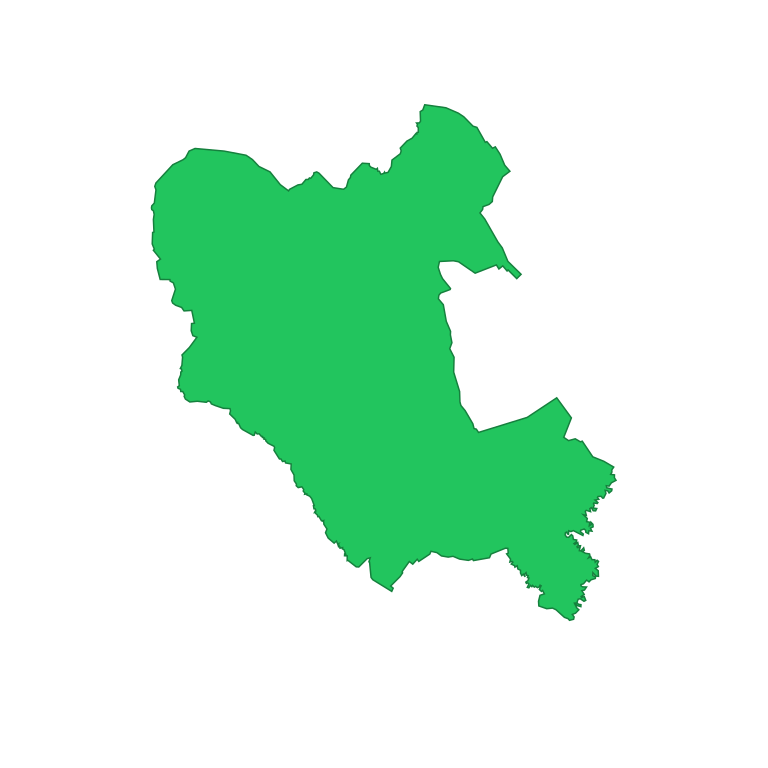 Chakkarat, Nakhon Ratchasima, Thailand, rotated 159°
{"feature_id": "78962969B888378696775", "entity_name": "Chakkarat", "entity_type": "district", "adm_level": 2, "iso_a3": "THA", "parent_name": "Thailand", "parent_adm1": "Nakhon Ratchasima", "projection": "robinson", "projection_center": [102.436, 14.968], "detail": "fine", "context": "isolated", "style": "filled", "palette": "green", "viewbox_px": 768, "rotation_deg": 159, "n_neighbors": 0, "source": "geoboundaries", "source_scale": "gbopen_adm2", "svg_char_len": 6167}
<svg xmlns="http://www.w3.org/2000/svg" viewBox="0 0 768 768"><g transform="rotate(159 384 384)"><path d="M451.1,187.6L448.6,190.1L450.2,193.0L438.1,198.4L434.3,201.0L434.5,202.0L433.4,203.0L424.0,209.2L421.7,205.5L415.8,208.5L415.1,205.9L402.2,208.8L400.1,211.0L395.0,207.6L392.0,202.9L386.1,199.4L381.3,198.4L376.1,193.4L368.4,189.1L364.1,188.9L363.8,187.1L347.8,184.0L345.0,186.9L329.5,187.2L327.3,186.2L328.6,181.6L330.4,181.5L328.6,175.2L330.3,172.7L328.1,172.6L327.5,171.5L329.7,170.3L327.2,167.6L327.4,166.1L324.8,166.6L325.3,163.3L323.3,161.2L324.3,158.6L324.1,155.8L322.1,156.5L321.4,153.4L320.8,156.1L319.0,157.0L319.3,154.2L318.1,153.4L319.4,151.9L318.3,151.0L320.0,148.9L322.6,148.2L322.5,146.8L321.0,146.8L320.4,145.4L323.1,142.8L321.8,141.8L319.4,143.5L318.6,141.8L317.4,142.7L316.5,140.5L315.0,140.8L313.7,138.9L311.8,139.0L310.4,140.3L309.6,139.3L312.6,136.5L311.3,133.9L309.9,134.4L309.5,130.6L314.1,130.8L317.6,125.8L319.0,121.3L312.6,115.9L307.0,114.4L304.3,111.6L299.2,101.5L296.2,98.9L295.5,96.9L291.3,96.4L290.0,98.4L290.8,101.4L287.3,101.4L283.0,103.4L284.3,105.9L284.8,111.2L283.7,110.9L283.4,108.1L280.0,105.6L279.2,107.4L281.5,108.8L282.2,110.8L279.9,113.5L277.8,113.2L275.2,109.5L273.2,109.7L273.2,113.8L276.0,113.8L276.2,114.9L272.5,115.8L273.4,120.2L270.7,119.8L267.7,121.9L271.4,123.5L272.4,125.0L272.0,126.2L269.3,126.0L265.1,128.3L263.5,125.8L260.9,127.0L256.4,126.7L255.7,128.1L257.8,130.3L256.6,133.0L254.8,128.6L252.7,127.6L250.9,132.9L252.8,136.2L249.3,136.7L249.7,139.2L247.3,141.5L248.2,143.1L250.6,142.0L250.1,144.4L252.8,145.5L253.0,148.6L255.4,148.4L253.2,150.1L253.0,151.7L256.6,153.8L258.9,156.4L256.6,156.9L256.3,159.5L260.0,157.6L261.4,158.4L258.5,162.6L259.6,163.0L260.7,161.5L262.1,161.9L262.1,163.0L260.4,163.6L259.9,166.6L263.3,165.8L263.9,166.9L260.9,167.8L260.0,169.3L262.9,171.0L262.2,174.6L263.0,176.3L266.6,174.7L268.4,175.6L269.0,178.2L267.9,180.2L266.4,180.3L266.5,178.3L265.6,177.6L264.1,180.8L262.4,179.2L259.8,179.3L252.6,171.3L251.7,172.5L253.6,175.7L252.6,177.0L249.1,176.9L248.2,175.1L248.7,173.2L246.7,170.9L245.3,173.6L242.6,172.1L243.0,175.5L240.0,175.7L239.2,178.1L240.2,180.5L240.9,178.6L243.2,178.0L241.4,181.2L244.2,182.9L242.4,185.6L244.7,190.5L242.2,188.8L241.7,193.0L240.5,193.6L236.9,190.8L236.5,193.9L234.8,194.3L234.1,190.7L231.9,189.7L230.0,191.5L233.3,193.3L231.2,195.5L231.4,197.1L230.7,197.7L227.8,196.0L226.8,196.6L228.6,200.1L224.8,199.4L225.4,201.5L224.5,202.3L221.5,201.3L220.8,199.1L219.8,198.8L216.0,202.3L215.7,205.5L213.4,204.1L212.9,201.6L209.7,202.7L208.8,204.2L213.3,207.3L212.9,209.4L210.4,208.0L207.1,210.3L201.9,210.9L202.5,213.9L201.4,216.6L204.8,218.4L202.8,220.1L202.1,222.2L199.3,224.1L206.5,233.1L215.2,241.2L219.4,259.6L221.3,259.6L225.1,264.3L232.0,265.0L235.3,269.8L221.2,285.2L227.7,309.2L262.3,301.5L313.1,304.9L314.0,308.8L315.9,310.1L315.3,315.0L317.8,330.1L319.9,336.4L319.5,340.2L316.1,349.9L314.7,370.1L309.0,383.9L310.0,393.4L305.8,398.2L304.4,406.1L303.0,409.3L303.4,420.2L300.2,436.8L302.7,444.0L301.0,447.2L298.5,448.6L288.4,448.5L287.7,449.3L291.6,461.4L292.0,466.0L291.6,473.5L288.3,478.5L275.1,474.2L270.6,471.4L259.2,454.8L236.4,454.9L235.5,450.2L230.8,451.7L228.6,445.4L227.3,446.0L222.3,434.8L216.7,437.3L224.4,454.1L224.8,468.7L226.8,476.0L230.8,501.9L233.1,509.3L229.4,511.6L228.0,514.1L221.6,514.0L217.5,515.5L215.5,519.7L198.9,535.0L190.2,537.5L192.9,545.0L193.3,556.9L195.1,565.5L198.2,565.2L201.1,573.4L202.8,573.3L205.3,590.3L208.5,592.8L213.7,604.8L217.5,610.2L227.2,619.7L245.9,630.1L249.6,625.9L252.6,625.3L255.7,616.3L257.4,615.1L260.1,616.0L259.7,614.5L260.8,613.0L260.1,611.1L261.8,606.7L263.1,607.0L263.8,605.7L264.4,606.4L269.7,603.4L275.5,602.6L284.3,598.4L284.4,595.5L286.3,593.1L296.3,590.2L299.2,584.4L304.4,580.1L307.7,580.6L307.6,581.6L308.9,580.7L311.8,580.9L312.1,584.3L313.5,584.9L312.9,587.7L314.3,587.2L318.5,591.1L319.4,593.2L318.8,595.0L325.1,597.9L340.1,590.9L341.4,588.8L344.0,587.4L348.5,581.3L352.0,580.3L361.2,585.6L369.1,604.1L370.8,606.1L373.7,606.3L374.9,604.4L378.7,602.3L379.8,603.1L381.3,602.1L383.6,602.9L389.1,599.9L393.0,600.7L402.4,599.6L403.9,598.5L409.4,607.3L414.4,622.9L422.8,631.9L426.4,640.7L430.8,647.0L449.9,658.8L476.0,671.6L482.5,671.3L488.1,666.4L491.2,665.4L502.6,664.4L524.9,653.4L527.2,650.6L527.3,647.0L533.6,635.2L537.0,633.5L538.0,631.7L538.3,630.0L537.2,628.4L537.8,624.7L540.3,620.3L544.3,608.3L545.7,608.4L550.2,597.8L550.1,592.2L551.4,591.5L547.9,580.7L552.3,579.6L554.2,573.1L555.5,561.8L546.4,558.2L546.8,556.7L544.4,553.9L544.7,547.3L552.3,537.9L552.3,535.3L550.3,532.2L545.5,528.0L544.5,523.9L537.1,521.6L539.2,508.7L542.0,509.4L544.9,502.8L545.1,497.6L541.9,494.7L552.7,487.8L562.2,483.5L562.4,481.3L566.0,473.8L568.6,471.4L567.7,470.6L568.0,468.4L569.4,468.0L570.6,465.3L574.2,461.5L575.7,455.8L577.7,455.2L577.8,453.8L575.9,452.0L576.4,449.8L574.6,449.1L574.0,445.2L575.0,444.1L574.8,441.1L571.7,436.8L564.5,434.8L556.4,430.6L554.2,431.2L552.5,429.5L552.3,427.3L549.2,424.3L542.7,418.9L536.6,416.2L536.9,414.0L538.8,411.3L535.6,404.4L535.4,401.0L534.5,400.7L535.1,399.8L533.8,399.0L533.6,394.6L532.4,392.2L524.6,382.9L523.5,382.7L521.4,385.3L520.3,382.8L518.3,382.2L517.5,379.5L516.2,378.5L516.7,377.7L515.2,376.6L515.9,375.7L514.4,374.6L514.7,373.2L513.4,370.1L509.0,365.3L508.9,363.9L510.5,361.5L508.5,351.5L507.1,350.9L506.5,348.0L504.0,347.5L504.2,345.6L499.3,342.6L501.5,337.6L500.6,331.3L502.5,325.8L501.6,322.0L502.4,320.5L501.2,318.0L497.6,317.5L496.7,314.4L497.8,313.0L496.9,310.4L497.6,309.5L495.5,309.1L495.9,308.3L493.5,305.8L492.6,302.9L492.7,295.6L493.5,295.7L494.1,292.6L493.1,292.3L492.9,290.7L494.7,289.1L493.7,289.1L494.4,287.9L493.2,285.9L493.3,283.8L492.2,283.6L491.4,278.7L489.5,278.2L490.3,277.8L489.7,277.0L490.4,274.5L489.2,269.1L491.9,266.1L491.3,260.1L487.6,253.3L484.7,254.4L484.6,251.2L483.6,251.2L484.5,250.6L484.7,249.4L483.9,249.3L484.6,248.2L483.6,247.6L483.9,246.5L481.3,246.1L481.9,245.0L480.7,243.6L480.8,238.5L481.7,239.3L482.4,237.8L479.9,236.7L481.7,232.3L480.9,232.3L475.5,223.3L473.1,222.2L462.3,227.0L459.1,226.7L461.8,223.4L461.3,222.9L465.4,208.1L464.6,205.3L451.1,187.6Z" fill="#22c55e" stroke="#15803d" stroke-width="1.5"/></g></svg>